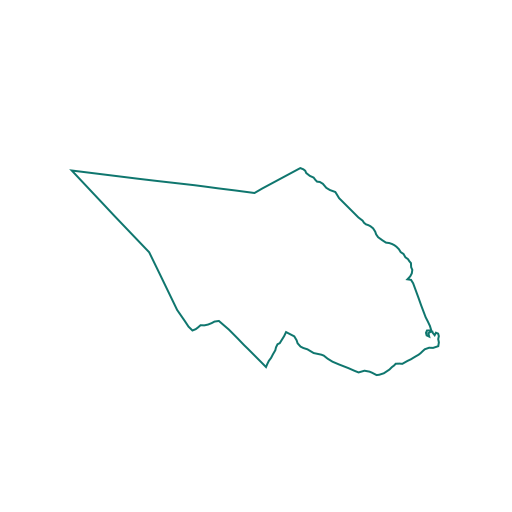 Penalva, Maranhão, Brazil, rotated 23°
{"feature_id": "56859067B25044187316118", "entity_name": "Penalva", "entity_type": "district", "adm_level": 2, "iso_a3": "BRA", "parent_name": "Brazil", "parent_adm1": "Maranhão", "projection": "albers", "projection_center": [-45.216, -3.249], "detail": "fine", "context": "isolated", "style": "outline", "palette": "teal", "viewbox_px": 512, "rotation_deg": 23, "n_neighbors": 0, "source": "geoboundaries", "source_scale": "gbopen_adm2", "svg_char_len": 1917}
<svg xmlns="http://www.w3.org/2000/svg" viewBox="0 0 512 512"><g transform="rotate(23 256 256)"><path d="M459.0,267.8L458.1,264.1L456.2,261.3L455.6,258.3L454.0,256.3L451.6,256.3L451.4,259.1L447.0,256.7L443.4,252.4L439.7,249.1L436.1,246.1L427.4,237.0L421.9,231.0L411.3,219.7L408.0,217.4L404.5,218.3L405.9,214.5L406.2,211.1L405.3,207.7L403.2,205.7L401.4,202.0L399.2,200.9L397.1,199.5L394.0,198.8L391.0,196.5L387.7,195.9L384.9,193.9L381.7,192.6L379.2,192.0L376.6,191.8L373.6,192.0L370.4,192.9L365.9,192.1L361.1,191.0L358.2,189.2L356.2,187.0L353.0,184.8L349.8,183.9L347.5,183.7L344.8,183.9L342.4,183.2L340.3,181.8L335.2,180.5L309.9,170.3L306.3,167.7L304.0,166.1L298.3,166.4L294.1,165.8L289.3,163.4L285.8,162.9L283.2,163.7L281.0,162.8L278.4,161.3L274.2,161.2L269.8,160.0L268.0,158.3L265.7,157.7L262.4,157.8L235.4,191.4L230.0,198.6L211.2,203.8L194.8,208.5L182.0,212.0L171.6,214.9L135.6,225.6L117.1,231.0L53.0,249.3L110.4,274.6L156.2,294.3L176.3,311.8L193.2,326.6L204.5,336.5L215.9,343.7L221.5,347.4L226.6,349.4L229.1,346.9L230.5,344.5L232.0,341.4L235.6,340.0L238.7,337.8L241.5,335.0L243.4,332.6L247.2,330.3L259.7,334.3L271.7,339.2L276.1,341.1L280.1,342.8L284.8,344.6L304.0,352.4L308.6,354.3L308.6,351.1L308.8,347.5L309.7,343.9L310.0,339.9L310.6,335.2L310.1,332.3L310.3,328.8L311.9,327.0L313.2,318.8L313.4,314.3L322.6,315.0L326.3,317.7L328.4,320.1L332.4,322.0L335.5,322.2L339.8,321.8L347.0,322.8L354.7,321.3L357.3,321.2L361.9,322.5L367.7,323.4L374.9,323.4L384.9,323.1L391.7,323.2L395.9,323.1L400.7,319.2L405.7,318.1L408.4,318.1L413.5,318.5L415.8,317.2L419.5,314.0L423.2,308.4L424.5,305.2L425.9,302.8L426.7,300.6L430.1,299.0L432.8,298.1L436.5,293.3L439.0,290.5L440.4,288.5L442.3,285.9L444.2,283.4L445.4,281.3L446.5,278.7L447.8,275.9L451.2,272.8L454.9,271.4L459.0,267.8ZM447.0,256.7L444.8,259.7L446.9,262.5L444.1,262.4L442.5,260.3L442.5,257.8L444.6,256.8L447.0,256.7Z" fill="none" stroke="#0f766e" stroke-width="2"/></g></svg>